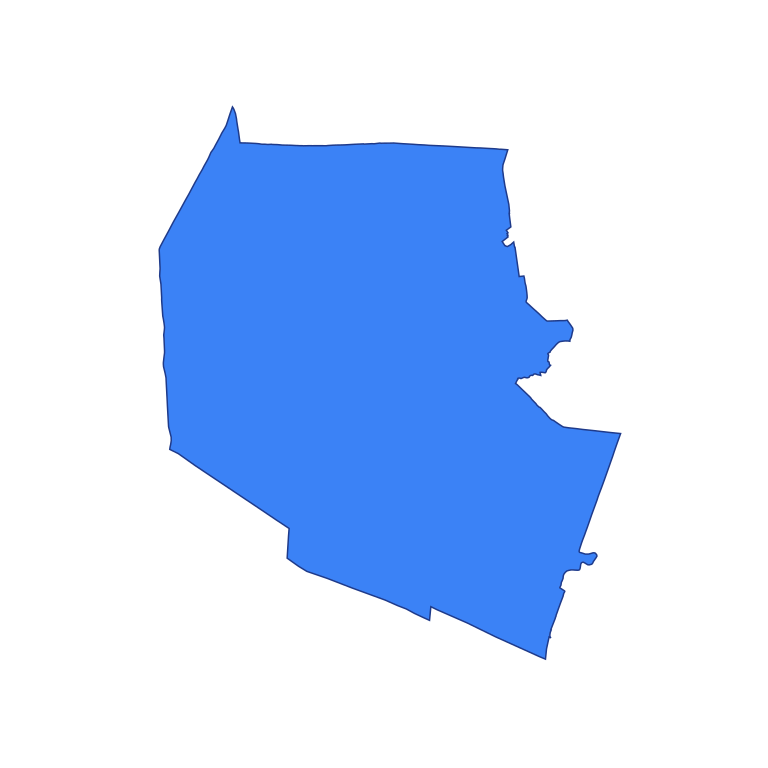 Gratia, Teleorman, Romania, rotated 79°
{"feature_id": "2599482B57030470282711", "entity_name": "Gratia", "entity_type": "district", "adm_level": 2, "iso_a3": "ROU", "parent_name": "Romania", "parent_adm1": "Teleorman", "projection": "mercator", "projection_center": [25.423, 44.436], "detail": "fine", "context": "isolated", "style": "filled", "palette": "blue", "viewbox_px": 768, "rotation_deg": 79, "n_neighbors": 0, "source": "geoboundaries", "source_scale": "gbopen_adm2", "svg_char_len": 6089}
<svg xmlns="http://www.w3.org/2000/svg" viewBox="0 0 768 768"><g transform="rotate(79 384 384)"><path d="M407.3,606.8L413.1,599.2L428.4,584.6L479.2,533.4L497.0,515.6L507.7,504.7L514.5,506.6L536.5,512.3L546.6,502.7L553.2,495.5L564.1,476.6L578.0,454.5L596.2,424.3L604.2,412.8L609.1,405.0L614.9,398.0L621.1,389.5L624.7,384.4L611.5,380.5L615.7,375.0L634.3,348.1L653.4,322.8L681.1,283.7L684.9,278.0L675.0,275.0L663.8,270.2L665.1,268.6L664.7,268.8L664.3,269.1L663.7,269.2L663.0,269.2L662.1,269.1L660.9,268.7L659.6,268.2L657.3,266.8L657.1,267.1L656.5,266.8L653.0,264.6L646.7,260.6L645.7,260.2L645.2,259.7L643.5,259.0L641.4,257.7L638.3,255.9L632.1,252.2L628.6,250.0L626.3,248.6L625.4,248.3L625.0,248.0L624.1,247.7L623.0,246.8L622.3,246.2L621.9,246.1L621.5,246.3L620.8,247.0L617.6,250.3L617.1,250.1L615.3,248.7L613.0,247.9L612.3,247.6L611.2,246.7L608.9,245.3L607.4,244.9L606.1,244.4L604.9,243.6L603.4,241.9L602.4,240.1L602.2,238.1L602.2,235.9L602.6,233.9L603.1,232.1L603.8,229.2L603.8,228.0L603.6,227.5L603.1,227.1L602.0,226.5L598.3,225.2L597.2,224.3L596.9,223.4L596.9,222.5L597.6,221.5L599.3,219.6L600.3,218.5L600.7,217.2L600.6,215.0L600.4,214.2L599.6,213.3L598.2,212.3L595.1,209.1L593.6,207.8L593.0,207.8L592.3,207.8L591.7,208.1L590.4,208.8L589.8,209.9L589.6,210.9L590.0,215.3L589.8,216.8L589.4,218.8L588.0,221.3L586.8,223.7L586.5,224.2L586.1,224.3L585.7,224.4L585.2,224.3L584.6,224.1L582.8,223.2L577.2,220.1L574.7,218.6L570.4,215.9L567.5,214.2L563.2,211.6L557.2,208.1L551.8,205.0L538.7,197.1L535.4,195.3L531.3,192.8L527.8,190.6L520.0,185.9L507.6,178.6L503.3,176.1L498.9,173.5L493.9,170.7L487.2,166.8L477.8,161.2L474.3,172.7L469.8,186.9L466.6,197.4L464.5,203.7L462.3,210.9L461.0,214.6L460.6,215.8L459.7,217.0L456.2,220.6L452.9,223.8L452.1,224.5L451.5,225.7L450.4,226.9L449.0,227.9L446.5,229.4L444.3,230.4L443.4,231.0L441.5,232.3L439.0,233.8L436.9,235.2L436.7,235.4L436.3,236.2L436.1,236.3L435.7,236.6L434.9,237.2L434.4,237.6L433.7,238.0L432.3,238.6L429.7,240.3L426.9,242.1L425.8,242.5L424.9,243.0L415.1,249.9L410.5,253.1L409.1,254.2L408.7,254.8L406.2,253.0L404.9,251.7L404.6,251.9L403.9,251.3L404.0,250.1L404.1,249.5L404.7,248.8L404.8,248.4L404.7,247.8L404.5,247.1L404.3,246.2L404.2,245.0L404.3,244.6L405.0,243.1L405.2,242.5L405.3,241.6L405.1,240.7L405.0,240.2L404.1,239.6L403.9,239.2L403.5,237.9L403.6,237.5L403.8,237.1L403.9,236.8L403.9,236.4L403.8,236.1L403.4,235.8L403.2,235.5L403.0,235.2L402.9,234.6L402.9,233.9L403.1,233.3L404.2,231.5L404.8,229.9L405.5,228.5L404.8,228.5L403.0,228.6L402.4,228.6L402.4,228.0L402.5,227.2L402.9,225.9L403.6,224.1L403.7,223.6L403.7,223.4L403.5,223.1L403.2,222.9L402.6,222.4L401.7,221.9L401.2,221.8L400.9,221.5L400.0,220.4L399.1,219.0L397.4,216.9L396.8,217.7L396.3,217.9L395.9,217.9L395.3,217.8L394.6,217.8L393.6,218.0L393.3,218.5L393.2,218.8L392.6,218.8L392.0,218.7L391.4,218.6L390.6,218.2L388.8,217.6L388.2,217.3L387.7,217.1L387.1,217.0L386.7,217.0L385.9,217.4L385.6,217.4L385.3,217.3L385.2,217.1L384.8,216.1L384.5,215.4L384.5,215.0L384.2,214.9L383.6,214.5L382.8,213.6L382.0,212.6L380.6,210.6L379.3,208.9L378.1,207.4L377.4,206.3L376.5,204.8L376.2,203.9L376.0,203.3L376.0,202.4L376.1,200.1L376.3,197.9L376.6,196.6L377.0,194.8L377.5,193.4L375.8,192.9L374.8,192.0L373.7,191.2L371.3,190.1L370.2,189.7L368.7,189.0L367.8,188.5L367.3,188.3L366.7,188.2L365.8,188.1L365.4,188.1L364.9,188.2L362.5,189.2L360.0,190.3L357.8,191.4L356.3,191.9L356.3,194.0L356.0,196.0L355.4,199.0L354.8,203.1L353.5,211.1L353.4,211.6L353.1,212.1L352.8,212.5L352.4,212.8L351.8,213.3L348.2,216.0L344.6,218.5L338.4,223.2L335.7,225.2L334.0,226.4L332.1,227.9L331.1,228.6L330.7,228.8L330.4,228.8L330.0,228.7L329.6,228.6L327.6,227.4L326.6,227.0L325.4,226.8L324.0,226.6L321.8,226.4L319.1,226.2L315.7,226.0L314.5,226.0L312.4,226.2L310.8,226.2L307.6,226.0L306.5,226.0L304.7,226.1L304.6,227.5L304.4,229.6L304.3,230.8L294.5,230.3L274.8,229.3L274.7,229.6L273.5,229.7L269.4,229.6L270.6,231.7L271.2,232.6L271.6,233.6L272.0,234.8L272.6,236.6L272.1,237.7L271.4,238.5L271.4,238.8L271.2,239.0L270.6,239.2L266.7,240.8L263.3,234.2L262.0,234.7L261.6,233.9L259.9,234.6L259.3,233.4L256.4,234.6L254.0,229.5L246.0,229.0L240.5,228.6L240.5,228.3L239.1,228.2L238.1,227.8L231.5,227.2L224.7,227.3L212.6,227.5L203.6,227.2L199.7,226.9L196.9,226.8L195.5,226.5L194.7,226.3L191.9,225.5L191.2,225.2L186.1,222.3L177.7,217.8L176.2,223.2L175.8,224.7L175.8,225.2L174.7,228.7L174.0,231.3L172.7,236.5L170.7,244.3L169.8,248.4L164.2,270.2L162.2,278.1L161.8,279.7L158.3,294.3L157.1,298.6L155.5,305.1L154.3,309.5L151.7,319.7L149.8,326.7L149.3,328.5L148.7,332.1L147.3,339.7L147.2,340.1L147.2,340.8L146.7,342.0L146.3,348.0L145.8,349.9L144.7,357.8L144.4,358.2L142.9,368.4L141.8,376.8L140.9,382.2L140.5,384.4L140.3,385.5L140.1,387.0L139.8,388.8L139.6,390.5L139.2,393.5L139.1,395.1L138.7,397.3L138.4,398.6L136.4,409.0L135.8,411.8L135.2,415.4L135.0,416.3L134.9,417.3L134.5,418.7L134.1,420.8L133.4,423.6L133.0,425.4L132.0,429.3L131.4,432.0L130.5,436.2L130.0,438.4L128.7,442.8L127.6,447.7L127.2,448.8L126.7,452.4L126.0,454.8L125.5,457.2L125.4,457.9L124.9,459.3L124.2,461.2L123.4,464.0L122.8,466.4L122.0,469.6L121.2,472.9L120.3,477.2L119.8,479.3L117.0,479.2L113.5,479.0L108.4,478.7L106.7,478.7L97.8,478.4L95.7,478.2L90.2,478.2L88.4,478.5L85.9,478.9L84.2,479.4L83.1,479.9L89.4,483.6L96.1,487.3L100.0,489.5L101.5,490.7L102.4,491.4L106.9,495.5L108.4,496.6L112.5,499.8L117.3,503.8L120.2,506.1L122.9,508.9L123.5,509.6L128.3,512.9L130.5,514.6L135.9,519.2L138.6,521.3L143.3,525.4L146.8,528.2L149.7,530.7L160.8,539.7L165.7,543.9L176.2,552.6L184.8,559.9L192.9,566.4L200.4,572.6L206.6,577.6L208.6,578.8L209.6,579.1L213.1,579.6L228.1,581.8L231.9,582.8L235.2,583.6L243.4,583.9L257.1,585.8L258.3,586.1L260.3,586.4L275.0,588.2L278.4,588.2L282.0,588.3L285.1,588.5L286.8,588.7L289.0,589.3L291.8,590.2L293.9,590.9L296.8,591.2L309.6,593.1L311.6,593.5L314.9,594.6L320.9,596.5L322.4,596.8L324.9,597.1L331.7,596.8L336.4,596.8L339.0,597.2L359.6,600.1L363.6,600.7L378.8,602.8L384.6,603.6L385.8,603.6L391.2,603.3L394.9,603.1L395.8,603.1L397.3,603.4L398.8,603.6L400.8,604.3L403.0,605.1L405.0,606.0L407.3,606.8Z" fill="#3b82f6" stroke="#1e3a8a" stroke-width="1.5"/></g></svg>